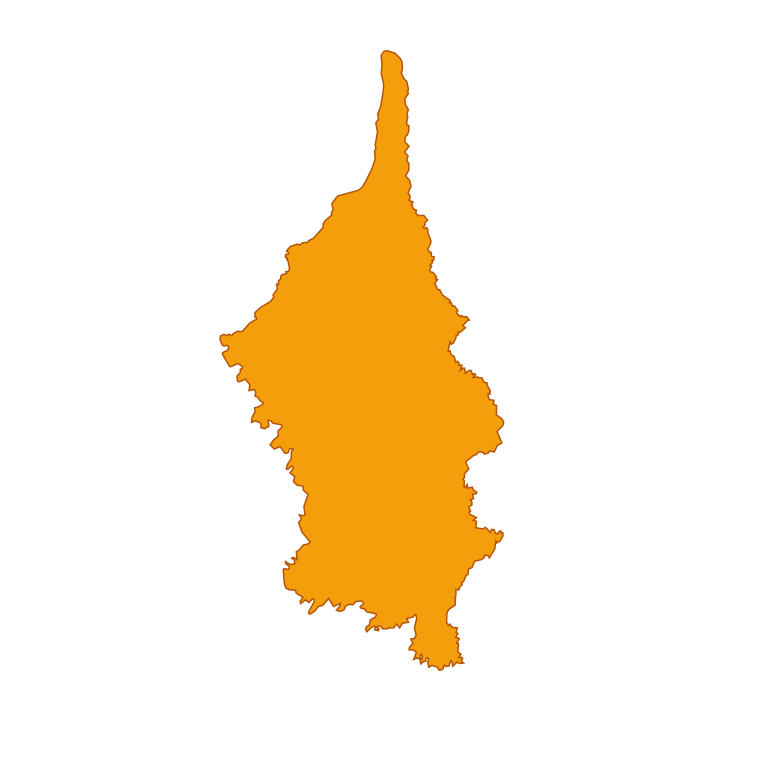 the district of Phuthiatsana, Berea, Lesotho, rotated 236°
{"feature_id": "5366337B52577174059761", "entity_name": "Phuthiatsana", "entity_type": "district", "adm_level": 2, "iso_a3": "LSO", "parent_name": "Lesotho", "parent_adm1": "Berea", "projection": "albers", "projection_center": [27.866, -29.128], "detail": "fine", "context": "isolated", "style": "filled", "palette": "amber", "viewbox_px": 768, "rotation_deg": 236, "n_neighbors": 0, "source": "geoboundaries", "source_scale": "gbopen_adm2", "svg_char_len": 6159}
<svg xmlns="http://www.w3.org/2000/svg" viewBox="0 0 768 768"><g transform="rotate(236 384 384)"><path d="M659.8,569.9L658.1,565.4L650.1,561.1L642.9,555.3L632.6,551.3L627.7,547.6L615.3,535.8L611.6,529.8L606.5,527.5L605.0,523.2L596.4,519.4L587.1,510.4L583.9,509.1L582.3,506.5L575.4,502.4L569.2,494.3L562.2,482.1L559.3,475.9L558.9,470.9L565.7,451.2L564.9,447.7L562.7,441.6L556.9,439.2L555.1,435.8L553.4,435.5L552.2,426.2L550.6,422.9L547.9,421.2L544.3,407.2L544.9,401.6L544.1,400.0L546.6,395.5L546.3,391.9L548.4,390.5L550.3,383.5L549.4,379.2L548.7,377.5L546.4,378.6L545.1,376.7L546.5,375.1L544.3,373.1L542.5,374.4L541.6,373.0L539.6,373.3L531.7,369.7L530.9,367.0L532.1,365.5L530.1,364.7L531.6,360.6L531.1,358.6L529.0,357.5L528.6,354.3L525.6,352.2L526.9,350.8L522.5,348.8L519.9,341.8L517.5,341.1L515.9,336.1L516.5,324.1L515.3,316.9L511.5,314.4L510.5,315.5L509.0,314.5L509.7,307.4L506.8,295.6L509.5,292.4L510.1,287.0L508.9,284.9L512.2,283.2L511.9,280.9L514.6,279.1L515.2,275.7L513.0,273.1L506.8,271.7L505.0,272.6L503.5,275.9L501.6,276.0L499.4,273.6L500.2,267.8L499.2,266.7L484.9,265.8L483.9,266.7L482.8,274.3L477.5,276.4L476.1,275.2L476.6,273.2L474.0,271.4L472.7,266.5L468.5,264.2L466.7,265.3L465.5,271.8L458.3,272.3L454.0,268.4L452.0,273.3L449.0,273.3L446.1,270.3L443.6,272.0L439.4,271.9L436.3,273.5L435.1,272.3L435.2,267.0L436.6,263.5L432.9,261.4L430.2,256.0L426.2,252.7L425.5,256.4L421.7,259.5L419.7,259.7L416.5,257.6L413.6,260.2L413.4,264.9L418.7,267.6L416.8,269.7L413.6,270.0L407.7,276.0L405.4,275.6L404.4,270.1L399.7,266.7L399.5,261.8L397.2,255.5L391.4,256.7L390.2,262.8L381.9,263.1L380.7,265.8L383.2,269.9L380.8,272.3L379.6,269.3L374.0,265.2L371.1,258.6L368.0,255.4L366.9,256.6L367.6,261.4L366.8,262.4L364.5,261.1L362.9,256.2L357.2,258.3L353.8,254.4L348.5,255.5L344.9,259.6L341.2,257.8L334.8,259.2L327.4,249.2L319.9,245.5L319.7,243.8L322.8,240.6L318.1,240.2L317.1,235.8L307.3,233.2L294.3,234.4L293.8,232.0L295.7,226.7L293.8,221.1L294.0,217.5L287.0,213.7L291.0,211.9L291.3,210.1L287.7,211.2L284.7,209.1L286.9,205.3L291.9,203.0L290.4,202.0L286.1,203.3L284.5,202.6L283.8,201.1L287.0,197.7L286.3,196.6L274.9,190.1L269.8,188.5L266.5,190.3L262.6,195.3L259.6,194.2L252.5,197.6L251.0,193.3L248.6,192.1L248.8,198.2L244.8,199.6L245.9,204.6L245.0,205.6L242.5,204.4L237.4,194.3L235.8,193.3L234.5,194.3L234.4,199.5L236.2,205.0L234.7,209.6L237.2,218.1L227.8,217.8L226.5,225.2L224.3,222.7L223.2,218.1L220.4,219.8L219.0,224.2L221.5,228.4L220.4,232.5L218.4,234.8L219.4,239.1L216.4,244.4L212.9,244.2L212.9,239.9L211.5,239.3L208.4,242.0L204.8,242.3L197.4,249.3L195.6,246.7L196.2,240.9L192.5,237.2L192.5,233.4L190.5,231.3L188.2,231.2L189.2,236.4L188.7,240.8L187.5,241.2L185.4,238.8L182.7,241.3L183.5,242.8L186.6,242.2L186.7,243.7L185.1,245.8L181.7,246.0L179.1,250.1L178.9,252.2L176.4,255.6L178.0,260.2L173.1,260.6L175.4,265.5L172.7,271.1L176.8,271.7L174.6,277.9L175.6,280.4L174.9,281.4L171.2,279.9L164.9,272.8L157.8,270.2L156.0,267.0L157.6,263.6L152.9,262.9L151.4,257.8L149.7,256.1L146.9,259.7L143.4,260.9L139.1,254.6L138.6,257.9L135.5,260.0L139.1,262.3L139.0,264.1L136.2,263.2L133.6,258.6L131.2,258.2L131.9,260.8L130.9,263.5L132.9,265.2L132.8,267.1L131.0,267.4L129.2,264.8L124.1,262.7L124.0,266.1L119.4,270.0L116.2,269.5L114.8,271.6L114.9,273.7L117.5,276.8L115.1,277.4L113.9,280.2L117.3,284.6L116.0,285.1L111.5,283.2L112.6,288.9L110.0,290.4L108.2,293.9L110.1,293.3L111.8,293.8L112.3,295.7L113.8,295.7L115.6,293.1L116.9,296.7L120.5,295.4L127.1,300.6L128.4,299.2L130.9,304.0L134.0,301.8L135.8,305.7L137.8,305.0L140.8,308.4L144.1,304.5L148.1,304.3L147.7,302.4L151.4,302.6L159.0,308.1L161.0,311.7L160.8,319.2L166.1,323.2L167.6,323.1L167.8,324.8L173.5,328.8L171.3,331.0L173.0,332.6L174.0,336.7L176.1,337.7L175.8,339.5L178.9,344.3L179.4,347.4L183.5,350.9L182.5,354.1L186.4,360.1L183.9,366.6L184.0,369.6L185.8,372.2L183.3,374.3L181.0,374.1L185.3,383.6L191.6,389.2L189.1,388.8L188.9,392.6L191.6,397.7L194.2,399.3L195.1,397.6L196.5,398.7L197.5,397.4L196.5,393.8L197.7,392.7L201.4,393.9L203.3,392.0L201.7,389.1L208.4,388.0L208.6,384.9L213.5,379.7L218.5,383.9L221.1,381.6L221.6,386.0L228.3,382.2L230.0,382.9L230.1,384.6L234.5,385.4L234.7,389.4L237.5,391.1L239.8,390.7L238.8,394.1L243.2,395.9L241.4,398.9L242.4,400.4L246.4,398.8L249.1,399.5L251.0,395.0L254.1,396.7L252.8,393.8L253.9,392.8L258.9,396.5L260.6,395.9L261.6,398.7L264.3,400.1L266.2,406.8L272.5,407.8L273.9,409.1L274.7,418.9L273.8,420.8L274.8,424.6L272.9,427.2L269.7,428.1L268.5,432.1L269.5,433.8L266.0,437.5L269.6,443.4L269.3,448.8L281.6,451.2L282.9,459.0L285.4,461.9L289.3,462.3L295.5,459.9L303.3,465.3L305.9,463.3L308.9,466.0L312.4,462.4L317.2,464.3L317.8,465.2L316.4,466.0L318.8,468.3L325.5,468.8L327.3,470.1L329.6,467.9L334.4,468.6L336.0,465.9L337.5,465.7L339.4,461.5L340.6,465.3L342.1,464.6L342.2,462.7L346.6,463.7L347.7,461.9L347.3,457.5L352.1,459.6L353.1,458.1L352.8,454.9L356.0,459.2L357.8,456.4L359.3,457.9L361.9,457.5L361.9,455.4L366.9,457.5L371.6,456.0L374.2,457.4L375.2,455.4L382.0,462.3L379.3,462.0L379.2,464.6L382.4,470.0L383.7,470.3L383.4,473.2L385.7,474.9L384.3,476.2L385.1,482.9L388.3,482.0L390.1,489.0L389.3,490.4L393.6,490.2L395.2,487.4L397.4,486.5L397.4,484.8L401.7,484.0L403.1,484.3L403.5,486.3L409.2,486.1L410.4,484.1L414.2,485.4L414.8,483.7L416.3,485.4L425.2,482.2L431.2,482.9L432.3,481.3L439.2,482.5L440.6,486.8L441.9,485.4L443.6,487.5L449.3,487.0L450.1,485.6L452.7,485.2L455.1,489.4L456.6,488.4L457.6,492.2L459.7,492.8L458.8,494.2L461.2,496.7L463.5,494.7L466.5,496.7L468.9,495.4L471.6,496.1L474.2,501.0L476.6,503.1L484.9,504.9L487.8,506.9L490.0,506.7L490.0,505.1L491.7,504.0L493.3,507.4L495.1,507.8L495.3,511.7L501.6,511.2L504.6,506.5L508.0,505.8L509.9,508.1L512.9,506.1L518.3,507.9L518.5,509.8L522.7,507.2L523.3,509.3L525.9,510.9L529.3,511.0L532.7,516.9L538.5,519.1L544.5,518.3L547.5,524.3L553.5,528.2L555.3,527.5L557.1,528.4L559.6,531.4L564.6,530.7L567.2,537.7L573.3,536.7L577.2,540.2L577.4,542.5L579.8,545.9L584.2,549.0L586.9,547.9L592.6,553.4L594.7,553.5L598.0,557.7L603.5,558.0L608.6,560.5L611.4,566.9L613.3,566.9L614.3,568.9L622.2,572.1L625.9,571.2L632.7,572.5L633.9,574.8L640.5,578.9L644.5,579.5L652.2,578.0L658.9,572.7L659.8,569.9Z" fill="#f59e0b" stroke="#b45309" stroke-width="1.5"/></g></svg>